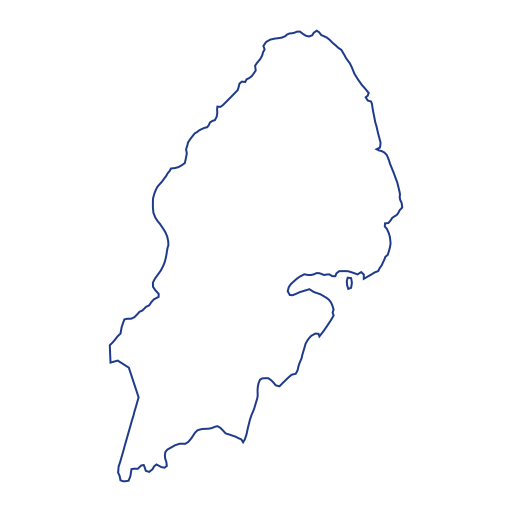 outline of Alcântara, Maranhão, Brazil
{"feature_id": "56859067B30520431935021", "entity_name": "Alcântara", "entity_type": "district", "adm_level": 2, "iso_a3": "BRA", "parent_name": "Brazil", "parent_adm1": "Maranhão", "projection": "robinson", "projection_center": [-44.534, -2.392], "detail": "fine", "context": "isolated", "style": "outline", "palette": "blue", "viewbox_px": 512, "rotation_deg": 0, "n_neighbors": 0, "source": "geoboundaries", "source_scale": "gbopen_adm2", "svg_char_len": 4391}
<svg xmlns="http://www.w3.org/2000/svg" viewBox="0 0 512 512"><path d="M243.1,442.3L244.8,439.4L245.7,436.8L246.5,434.4L247.7,428.7L250.0,419.5L251.9,414.0L253.1,411.5L254.3,408.2L256.0,402.5L257.2,398.6L257.7,395.8L257.6,392.1L257.6,389.0L257.9,386.3L258.6,383.1L260.0,379.7L262.3,378.4L265.2,378.2L268.2,378.2L270.7,379.9L272.8,381.8L275.8,385.4L279.5,386.3L282.8,382.9L288.4,377.5L291.5,374.8L295.8,373.7L297.7,369.9L298.4,366.5L299.3,363.6L301.6,358.2L302.4,354.6L304.1,348.9L305.6,343.7L307.3,340.6L309.3,337.9L311.3,335.8L315.3,333.6L318.5,333.8L319.4,336.4L323.4,331.3L327.4,325.5L330.5,320.8L332.3,317.8L333.6,315.4L332.6,312.5L333.6,309.6L332.4,305.6L330.9,302.3L328.7,299.5L326.5,297.9L323.4,296.0L320.5,294.3L313.8,292.0L311.3,290.4L309.3,289.2L304.9,290.6L300.1,292.0L295.9,293.9L292.6,295.2L289.8,295.0L287.7,291.2L288.8,287.1L290.8,284.2L293.0,282.1L296.5,279.0L299.5,276.8L304.3,274.3L308.3,275.0L310.7,275.0L313.7,274.4L316.6,273.1L319.4,273.2L321.8,274.1L324.1,275.0L326.6,274.5L329.4,274.4L332.3,276.2L335.3,276.2L336.4,273.4L339.1,271.2L342.8,271.1L348.0,271.2L351.9,272.4L354.9,273.4L357.5,274.4L361.2,272.1L363.8,274.5L363.8,278.8L367.3,276.8L370.8,274.8L374.7,272.4L378.2,271.1L379.6,268.2L381.7,265.3L383.0,262.4L384.4,259.5L385.3,256.9L387.7,254.9L388.8,251.6L390.0,247.1L390.6,243.3L389.9,237.0L388.9,233.4L386.9,228.9L384.8,226.5L385.0,223.4L388.4,223.0L390.6,220.4L392.2,217.9L394.4,216.4L396.6,215.1L398.2,213.1L399.6,210.3L402.2,207.5L401.7,203.2L400.2,199.9L399.7,197.1L400.0,194.3L399.4,191.2L398.2,186.2L397.1,181.9L395.7,178.4L393.8,173.1L391.9,168.4L390.1,164.0L389.0,160.4L388.0,157.8L386.8,155.1L384.5,152.6L381.5,151.0L379.1,150.5L376.6,149.2L379.9,147.6L380.4,145.0L380.5,142.4L378.1,133.4L376.3,125.6L375.4,122.7L374.7,119.4L374.1,116.2L373.5,113.2L372.5,107.7L372.0,104.0L371.0,101.5L367.7,100.5L365.7,97.3L367.7,95.7L368.7,93.0L365.2,88.7L361.8,84.9L360.0,82.3L357.8,79.2L354.4,73.7L351.8,67.3L349.9,63.4L346.0,58.1L344.6,55.4L341.3,49.8L338.1,47.7L336.1,45.8L332.7,42.9L329.4,39.6L326.7,37.5L324.1,36.3L321.3,35.1L319.1,32.3L316.7,30.7L313.8,32.7L312.2,35.3L308.9,36.5L305.8,35.7L303.1,34.0L299.9,31.6L296.8,31.7L294.6,32.7L292.4,33.2L289.4,33.5L287.1,34.5L285.1,36.3L281.9,37.6L278.8,38.1L274.8,38.6L270.3,39.6L266.2,41.9L263.4,45.9L264.6,49.4L263.1,52.1L262.1,55.7L260.2,59.1L257.2,62.6L255.1,65.7L255.7,70.6L254.1,72.9L251.8,76.1L249.0,78.2L246.6,79.3L245.2,82.0L241.9,81.6L239.5,83.6L238.6,87.2L237.7,90.1L229.6,98.4L222.8,105.2L220.4,106.9L217.4,106.6L217.1,109.6L217.3,112.9L216.7,116.7L214.9,120.1L212.5,120.9L210.0,122.4L208.7,125.3L207.1,127.3L204.6,127.8L201.9,129.0L199.1,130.4L197.0,132.1L194.7,133.4L192.4,136.3L189.9,139.6L188.0,142.5L187.4,145.3L186.1,149.2L186.8,153.5L185.7,159.2L184.8,163.1L182.0,165.1L178.5,167.1L174.7,168.1L170.9,168.5L169.7,170.9L167.6,173.4L166.3,175.8L164.2,178.6L162.0,181.6L159.0,184.9L157.3,187.0L155.8,190.0L154.4,193.4L153.0,198.6L152.9,202.6L152.9,207.4L153.4,212.7L155.2,217.4L157.6,221.1L160.1,224.1L161.6,226.4L163.2,228.7L165.3,232.1L167.2,236.5L168.2,241.3L168.4,245.2L167.6,247.7L166.9,251.5L166.4,254.9L165.6,258.7L164.6,262.4L163.2,265.9L160.9,270.4L159.4,272.5L154.9,278.7L152.9,282.6L153.0,286.8L155.3,290.2L158.7,293.9L158.6,296.9L153.9,299.3L151.3,302.2L149.2,305.3L146.0,306.9L142.4,310.5L139.5,311.8L137.2,314.4L134.5,317.1L131.2,318.7L126.9,318.8L124.4,319.4L123.2,322.5L121.6,327.4L120.5,333.6L117.6,336.3L115.3,339.3L112.7,342.4L109.8,345.2L110.5,362.6L117.7,360.6L123.3,364.1L125.7,365.7L128.8,367.6L138.6,397.3L135.7,407.5L134.2,412.5L133.4,415.8L132.0,420.2L130.8,424.5L124.4,447.0L123.2,451.5L121.5,457.3L120.3,461.5L118.6,466.7L118.1,472.6L119.6,475.9L120.5,480.3L123.2,481.3L125.7,481.2L128.6,480.7L130.4,476.1L131.5,469.1L134.5,468.7L137.8,468.8L141.2,465.5L143.7,465.0L144.7,467.4L145.8,470.8L149.1,471.9L152.4,469.4L154.2,466.2L156.5,464.5L161.4,467.1L164.4,467.7L166.8,466.0L166.4,462.2L165.1,458.2L164.9,454.9L165.4,452.0L167.2,449.7L172.7,446.6L174.9,445.3L179.8,443.7L185.2,443.8L188.2,442.0L191.1,438.6L193.1,435.7L195.1,432.6L197.5,430.3L200.0,429.5L202.3,429.0L208.6,428.7L211.7,428.1L215.2,426.7L217.5,426.2L220.3,427.8L223.2,430.7L225.6,433.4L230.2,434.8L233.5,436.0L235.7,436.7L237.8,437.9L241.3,439.4L243.1,442.3ZM351.1,287.8L351.9,282.8L351.1,278.1L347.7,277.7L346.8,281.1L347.1,285.2L348.3,288.9L351.1,287.8Z" fill="none" stroke="#1e3a8a" stroke-width="2"/></svg>